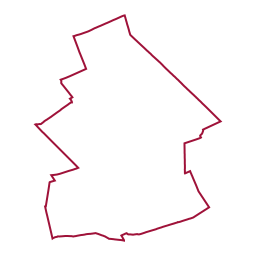 Stoicanesti, Olt, Romania
{"feature_id": "2599482B66370938976982", "entity_name": "Stoicanesti", "entity_type": "district", "adm_level": 2, "iso_a3": "ROU", "parent_name": "Romania", "parent_adm1": "Olt", "projection": "natural_earth1", "projection_center": [24.65, 44.228], "detail": "fine", "context": "isolated", "style": "outline", "palette": "rose", "viewbox_px": 256, "rotation_deg": 0, "n_neighbors": 0, "source": "geoboundaries", "source_scale": "gbopen_adm2", "svg_char_len": 5559}
<svg xmlns="http://www.w3.org/2000/svg" viewBox="0 0 256 256"><path d="M109.0,238.8L110.8,238.9L113.6,239.2L114.2,239.3L114.8,239.4L115.8,239.5L117.6,239.7L119.5,239.9L120.7,240.0L122.6,240.3L124.0,240.6L124.0,240.2L122.9,238.2L122.6,237.6L121.8,236.2L121.3,235.5L121.4,235.4L121.8,235.3L122.0,235.2L123.8,234.4L124.5,234.1L125.2,233.7L125.6,233.6L125.8,233.5L126.4,233.2L126.6,233.2L126.8,233.4L126.9,233.5L127.0,233.5L127.5,233.9L127.5,234.0L127.8,234.2L128.0,234.2L128.4,234.4L128.6,234.4L129.1,234.4L129.3,234.4L129.5,234.4L129.8,234.4L130.2,234.4L130.7,234.4L131.1,234.5L131.3,234.5L131.9,234.5L132.4,234.6L132.6,234.7L132.8,234.7L133.1,234.7L133.6,234.6L134.1,234.5L135.6,234.3L136.4,234.2L137.1,234.1L137.3,234.1L137.5,234.1L137.8,234.3L138.0,234.3L138.7,234.4L138.9,234.4L139.0,234.4L139.4,234.3L139.5,234.3L140.7,234.0L142.0,233.6L143.2,233.2L144.7,232.7L146.0,232.2L156.4,229.1L156.7,228.9L157.5,228.6L159.1,228.1L159.7,227.9L161.4,227.4L162.7,226.9L177.8,222.3L177.7,222.2L177.8,222.1L178.2,222.2L179.2,222.0L180.3,221.7L182.6,220.9L187.4,219.4L189.1,218.8L190.4,218.5L192.7,217.7L193.0,217.6L193.6,217.3L193.7,217.2L199.6,213.4L209.1,207.3L198.5,191.3L198.4,191.0L196.2,185.5L192.6,177.1L192.5,176.7L192.3,176.3L192.0,175.6L191.6,174.8L191.2,173.7L191.0,173.3L190.6,172.5L190.4,172.1L190.4,171.8L190.1,171.1L188.2,172.0L187.2,172.4L186.4,172.8L185.0,173.4L184.9,173.2L184.9,172.3L184.9,171.9L184.9,171.4L184.9,170.8L184.8,169.5L184.9,168.5L184.9,166.4L184.9,165.0L184.8,164.0L184.8,163.6L184.8,163.2L184.8,162.7L184.8,162.3L184.8,159.7L184.7,157.7L184.7,157.1L184.7,156.4L184.7,155.7L184.7,154.8L184.7,153.9L184.6,153.4L184.6,152.3L184.6,150.3L184.5,144.7L184.5,143.6L184.5,143.3L195.7,139.6L199.4,138.3L200.9,137.6L201.0,137.5L200.4,136.6L200.2,135.9L200.2,135.5L202.1,133.6L202.5,132.5L202.9,131.5L203.2,130.4L203.2,130.2L203.0,129.6L220.6,121.4L206.3,107.2L203.8,104.8L202.4,103.5L200.6,101.6L199.7,100.8L198.5,99.7L197.2,98.3L196.5,97.8L196.2,97.4L195.6,96.8L194.8,96.1L194.4,95.7L193.6,94.9L192.9,94.3L191.6,93.1L191.0,92.5L190.4,92.0L188.8,90.4L188.4,90.1L188.0,89.7L186.8,88.6L186.3,88.0L185.9,87.7L185.3,87.1L184.6,86.5L183.9,85.8L183.7,85.6L183.3,85.2L182.6,84.5L182.3,84.2L182.2,84.1L182.1,83.9L181.9,83.8L181.6,83.4L181.2,83.1L180.9,82.7L180.5,82.3L179.9,81.8L179.5,81.4L179.1,80.9L178.8,80.7L178.1,79.9L177.1,79.1L176.2,78.2L175.6,77.6L175.1,77.1L174.5,76.5L174.1,76.2L173.9,76.1L172.5,74.7L171.8,74.0L170.6,73.0L170.1,72.5L167.0,69.5L166.4,69.0L164.9,67.5L164.4,67.0L163.2,65.8L162.8,65.3L160.3,62.8L159.7,62.2L159.3,61.9L158.6,61.3L158.2,60.9L157.7,60.4L156.3,59.2L155.8,58.7L155.3,58.3L154.8,57.8L153.9,57.0L153.4,56.6L151.5,54.8L151.1,54.3L150.7,53.9L150.2,53.4L149.5,52.9L148.2,51.6L147.2,50.8L146.8,50.4L146.5,50.2L146.1,49.7L145.4,49.1L144.5,48.2L143.2,47.0L140.5,44.5L138.8,42.9L137.7,41.9L136.9,41.1L135.9,40.2L134.7,39.1L134.3,38.7L132.5,37.0L130.4,35.0L130.2,34.7L129.8,33.3L129.4,32.0L129.2,31.3L128.8,29.7L128.2,27.6L128.0,26.9L127.2,24.4L127.0,23.7L126.6,22.1L126.3,21.2L125.8,19.3L125.6,18.7L125.5,18.3L125.4,17.8L125.1,16.9L124.9,16.3L124.8,15.8L124.7,15.4L124.1,15.5L123.2,15.8L122.9,15.9L121.9,16.3L120.3,17.0L119.5,17.4L118.4,17.9L117.7,18.2L117.1,18.5L116.2,18.9L114.8,19.5L114.0,19.8L112.4,20.5L111.8,20.8L111.2,21.1L110.0,21.6L109.5,21.9L109.4,21.9L106.7,23.1L106.1,23.3L103.2,24.6L102.5,24.9L100.5,25.8L100.0,26.0L99.2,26.3L97.8,26.9L96.0,27.7L94.7,28.2L93.7,28.7L93.1,29.0L92.4,29.4L91.2,30.0L90.8,30.2L89.3,30.9L88.9,31.1L87.7,31.6L83.4,33.1L81.2,33.9L79.6,34.4L78.5,34.7L77.2,35.0L75.7,35.5L75.3,35.7L73.5,36.2L77.6,47.1L79.7,52.9L79.8,53.0L84.5,64.7L86.1,68.9L69.6,76.3L68.6,76.7L66.0,77.8L63.6,78.7L60.7,79.7L61.2,80.5L61.3,80.7L61.3,80.9L61.3,81.7L61.2,82.2L61.3,82.5L61.3,83.2L61.3,83.3L63.6,86.1L67.5,91.0L68.8,92.6L70.2,94.5L71.7,96.3L72.4,97.3L70.0,98.7L70.1,98.8L70.4,99.2L71.0,100.0L71.2,100.3L71.3,100.5L71.5,101.0L71.6,101.4L71.6,101.5L71.8,101.7L71.9,101.9L72.0,102.2L71.9,102.4L71.4,102.1L70.6,102.7L69.6,103.4L69.0,103.8L68.6,104.1L68.0,104.6L64.5,107.0L61.8,108.9L61.1,109.4L61.0,109.6L60.6,109.9L60.3,110.2L59.9,110.5L58.6,111.4L58.0,111.8L57.7,112.0L57.3,112.3L56.4,112.9L55.5,113.6L54.2,114.5L53.7,114.9L52.8,115.5L52.3,115.9L51.6,116.4L51.2,116.7L51.0,116.9L50.6,117.1L50.1,117.4L49.5,117.9L49.0,118.2L48.6,118.4L47.5,119.2L46.9,119.6L46.2,120.0L45.7,120.3L44.5,121.1L43.9,121.6L43.7,121.9L43.3,122.2L41.7,123.4L41.3,123.8L40.9,124.0L40.6,124.1L40.2,124.1L39.6,124.0L39.3,124.1L38.7,124.2L37.9,124.3L37.1,124.3L36.1,124.2L35.7,124.4L35.4,124.5L36.1,125.2L37.9,127.2L42.5,132.1L43.6,133.0L52.0,141.5L61.9,151.4L75.6,165.1L78.2,167.8L76.3,168.6L75.5,168.8L73.0,169.7L68.8,170.9L64.2,172.4L59.9,173.8L57.1,174.5L55.0,174.8L51.3,175.2L54.8,180.6L49.8,182.1L49.6,182.3L48.5,189.7L48.1,192.2L45.8,206.4L45.1,206.5L46.4,212.5L47.2,215.7L51.0,232.0L52.5,238.5L52.9,238.2L53.6,237.9L54.0,237.7L54.6,237.4L55.1,237.2L55.5,237.1L56.1,237.0L56.5,236.9L57.1,236.8L57.8,236.4L58.0,236.4L59.6,236.5L61.2,236.3L61.9,236.3L63.1,236.2L63.3,236.2L63.7,236.1L64.2,236.1L65.2,236.0L65.8,236.0L67.0,236.0L67.6,236.0L69.5,236.1L70.6,236.1L71.2,236.1L71.7,236.2L72.3,236.3L72.8,236.4L73.3,236.5L73.6,236.4L74.8,236.2L75.7,236.1L77.0,235.8L80.2,235.2L81.4,235.0L82.6,234.9L84.6,234.6L86.2,234.2L87.9,234.0L89.2,233.9L90.1,233.9L91.4,233.7L92.4,233.6L93.6,233.4L94.6,233.3L95.3,233.1L95.5,233.1L98.4,234.0L99.4,234.4L100.5,234.8L101.2,235.1L102.4,235.5L102.9,235.6L104.6,236.3L105.0,236.4L105.1,236.5L106.5,237.3L107.2,237.7L107.9,238.1L108.8,238.6L109.0,238.8Z" fill="none" stroke="#9f1239" stroke-width="2"/></svg>